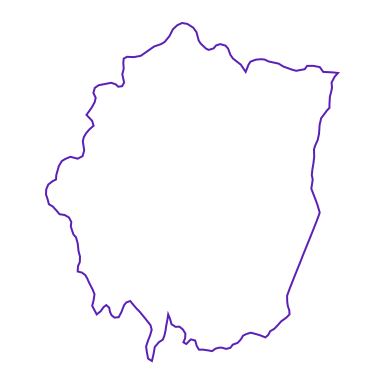 the district of Mucurici, Espírito Santo, Brazil
{"feature_id": "56859067B59979261152966", "entity_name": "Mucurici", "entity_type": "district", "adm_level": 2, "iso_a3": "BRA", "parent_name": "Brazil", "parent_adm1": "Espírito Santo", "projection": "equal_earth", "projection_center": [-40.52, -18.016], "detail": "fine", "context": "isolated", "style": "outline", "palette": "violet", "viewbox_px": 384, "rotation_deg": 0, "n_neighbors": 0, "source": "geoboundaries", "source_scale": "gbopen_adm2", "svg_char_len": 2628}
<svg xmlns="http://www.w3.org/2000/svg" viewBox="0 0 384 384"><path d="M46.2,189.5L46.0,194.6L47.5,198.8L48.9,204.2L52.8,206.5L56.4,210.5L59.5,214.2L64.6,215.0L69.0,217.5L71.3,222.0L70.8,226.4L72.2,230.9L73.6,234.7L76.0,237.3L77.7,243.4L78.5,250.9L80.0,256.6L79.8,262.1L78.0,266.2L77.7,271.5L82.0,272.6L85.3,275.1L87.2,278.3L89.0,282.5L92.8,289.9L94.5,294.2L93.7,299.8L92.2,305.9L96.7,314.4L100.7,311.2L103.7,307.0L106.3,305.1L109.2,307.7L110.0,311.9L111.6,315.3L114.4,317.6L118.7,317.2L121.4,312.1L124.1,305.1L126.4,302.4L130.2,301.0L133.3,304.8L136.5,308.5L139.5,311.5L145.4,318.7L150.5,325.2L151.7,329.8L150.0,335.7L148.0,340.6L146.1,346.5L146.9,352.4L148.1,358.6L151.9,361.0L153.5,354.3L154.8,346.9L159.1,342.0L162.8,339.7L164.4,335.7L165.5,330.7L166.2,325.9L167.3,320.3L168.2,314.4L170.2,319.3L171.5,324.2L175.5,326.8L179.5,326.7L182.9,329.5L185.4,333.6L185.1,338.4L183.4,342.3L186.3,344.0L190.8,339.4L195.2,340.5L196.8,346.1L199.0,349.7L203.7,349.7L208.1,350.4L212.1,351.1L215.6,348.6L219.0,347.7L222.0,347.7L226.1,348.9L230.4,347.8L232.8,344.6L237.6,342.9L240.8,339.5L243.0,335.7L246.4,334.0L250.8,332.7L255.7,334.0L259.9,335.2L265.3,337.4L268.1,335.1L270.2,331.2L274.3,328.8L277.4,325.6L281.1,321.4L286.6,317.4L289.5,314.4L289.3,310.4L287.9,306.3L287.2,301.9L287.1,295.7L289.8,288.3L293.1,280.0L294.5,276.4L298.0,267.7L300.6,261.3L302.9,255.3L304.3,251.9L307.2,244.7L309.9,238.1L311.9,233.1L316.7,221.0L318.4,216.4L319.7,212.6L317.5,205.0L315.4,199.2L313.0,193.1L311.3,188.6L312.1,183.7L312.7,179.3L311.8,175.2L312.4,169.3L313.4,163.6L314.2,156.8L314.0,149.3L315.2,145.5L317.7,140.0L319.0,134.0L319.6,124.9L321.2,118.1L324.3,114.1L327.0,110.4L329.4,108.0L329.5,103.6L329.9,96.6L331.1,92.1L332.0,87.9L331.6,82.5L334.7,76.6L338.0,73.0L333.0,72.4L323.2,71.9L319.8,67.1L313.5,65.9L307.1,65.9L304.7,69.2L296.2,70.8L291.9,69.6L283.5,66.6L278.6,63.6L268.7,61.5L264.8,59.6L261.4,59.2L256.0,59.6L250.4,61.7L248.5,64.7L245.7,71.9L240.9,64.7L232.9,58.5L230.4,54.8L228.1,48.6L225.5,45.6L220.2,44.1L216.1,45.4L213.6,48.4L208.7,49.9L206.0,48.6L200.6,43.5L198.7,40.5L196.5,32.2L193.3,27.7L187.3,23.9L182.1,23.0L177.3,25.2L172.9,29.3L169.4,36.2L164.6,42.0L161.1,44.1L154.1,46.5L140.8,55.8L134.0,57.1L127.0,56.8L123.7,58.6L123.3,62.6L123.7,68.8L122.3,74.3L124.1,82.6L122.1,86.2L118.2,86.7L115.7,84.3L111.2,82.8L98.7,85.2L94.8,87.9L93.4,92.9L95.7,97.8L94.7,102.1L91.8,107.4L86.5,114.9L92.1,120.8L93.6,125.7L89.4,129.4L86.2,133.1L83.9,137.0L82.8,141.2L84.2,150.3L82.6,156.1L77.7,158.7L70.4,156.8L65.2,159.0L61.9,161.0L58.9,165.9L56.3,175.0L56.0,179.5L52.6,181.2L48.3,184.5L46.2,189.5Z" fill="none" stroke="#5b21b6" stroke-width="2"/></svg>